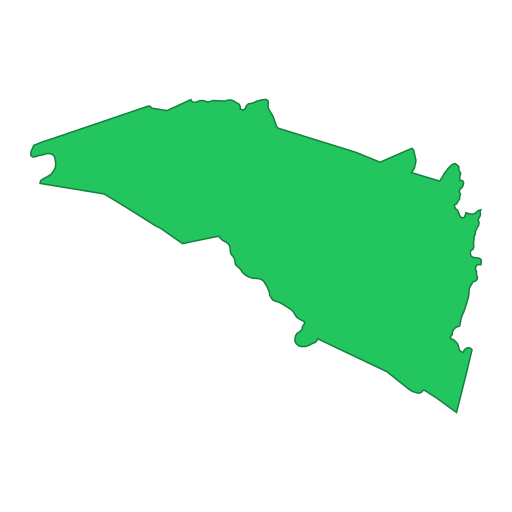 Mirangaba, Bahia, Brazil (orthographic projection)
{"feature_id": "56859067B52405127182950", "entity_name": "Mirangaba", "entity_type": "district", "adm_level": 2, "iso_a3": "BRA", "parent_name": "Brazil", "parent_adm1": "Bahia", "projection": "orthographic", "projection_center": [-40.673, -10.821], "detail": "fine", "context": "isolated", "style": "filled", "palette": "green", "viewbox_px": 512, "rotation_deg": 0, "n_neighbors": 0, "source": "geoboundaries", "source_scale": "gbopen_adm2", "svg_char_len": 3615}
<svg xmlns="http://www.w3.org/2000/svg" viewBox="0 0 512 512"><path d="M412.1,148.3L406.1,150.8L395.1,155.6L383.0,160.9L379.9,162.2L372.3,159.0L356.1,152.4L343.0,148.3L325.3,142.8L313.6,139.2L278.2,128.2L276.4,126.3L275.8,124.0L274.6,120.9L273.8,118.6L273.1,116.5L271.5,113.7L269.7,110.8L268.0,107.6L268.1,104.9L268.4,102.7L267.9,100.6L266.1,99.5L263.5,99.6L261.0,100.0L258.7,100.7L256.6,101.2L254.3,102.5L251.7,103.3L248.3,103.9L246.1,106.2L245.3,108.6L243.5,110.1L240.3,109.1L240.2,106.2L238.8,103.9L236.2,102.6L234.0,101.1L231.9,100.2L229.9,100.0L227.3,100.2L225.2,101.1L213.0,100.5L210.8,101.3L208.6,102.0L206.4,101.8L204.7,100.9L201.8,100.5L199.6,100.7L197.1,101.8L194.4,102.4L192.2,101.9L190.8,99.6L167.0,110.6L151.9,108.2L149.9,106.1L147.6,106.3L48.9,139.8L42.9,141.7L33.7,145.4L32.8,147.7L31.4,150.5L30.8,153.0L30.7,155.4L32.6,157.0L36.0,156.6L38.5,155.6L40.8,155.2L43.0,154.9L45.7,153.8L49.1,153.5L51.7,154.0L53.4,155.3L54.7,157.2L55.2,160.0L55.6,162.4L55.6,165.0L55.4,167.3L54.2,170.0L52.5,172.3L51.0,174.5L49.3,175.4L46.9,176.9L44.4,178.2L42.2,179.4L40.6,180.8L40.0,183.4L100.6,193.4L104.4,194.1L125.0,206.6L155.0,225.5L160.7,228.4L182.5,243.6L218.5,236.2L221.3,239.2L223.5,240.9L225.9,242.0L228.2,243.8L229.5,245.6L230.2,248.6L230.3,251.6L231.1,254.3L233.4,256.8L234.6,259.3L235.0,261.8L235.5,264.5L237.3,266.4L239.2,267.9L240.8,269.8L242.0,271.7L243.6,273.6L245.9,275.4L249.5,277.3L252.8,278.2L257.0,278.5L260.3,279.0L262.5,280.2L264.0,281.7L265.3,283.9L266.8,286.2L268.2,289.5L269.3,292.0L269.7,295.1L271.3,298.1L272.8,300.0L274.8,301.0L277.5,301.7L280.5,303.0L283.1,304.5L284.8,305.5L287.2,307.1L289.1,308.3L291.4,309.8L293.3,311.8L294.5,313.9L295.8,315.9L297.2,317.7L300.0,319.4L302.6,320.8L305.0,322.4L303.6,324.9L302.4,326.7L302.0,329.5L299.7,331.7L297.1,333.3L295.5,335.9L294.9,339.4L295.1,341.6L296.1,343.5L297.7,345.0L299.7,346.2L301.8,346.6L304.4,346.5L306.9,346.2L310.3,344.7L313.0,343.2L314.9,342.6L316.5,341.2L317.9,338.9L368.5,363.0L382.7,369.7L387.2,371.9L408.8,389.2L412.4,391.5L414.2,392.0L416.9,392.8L419.8,393.2L421.8,391.9L423.7,389.8L436.4,397.9L447.8,406.2L456.5,412.5L466.2,374.1L472.0,349.8L470.2,348.0L467.3,347.8L464.6,349.5L463.0,352.5L461.0,351.6L459.5,350.1L458.9,348.2L458.4,346.2L457.7,343.9L456.2,342.2L453.9,339.9L450.6,338.6L450.5,336.6L452.1,334.8L452.6,331.5L454.0,329.1L456.0,327.3L459.6,326.1L460.4,322.3L460.8,320.2L461.3,317.9L462.3,315.0L463.8,311.9L464.9,308.6L466.0,305.5L467.1,301.6L468.2,298.3L468.8,295.1L469.1,292.4L469.1,289.4L470.0,286.7L471.9,283.9L472.8,281.9L475.7,281.0L477.3,279.0L477.4,276.7L476.3,274.3L476.6,271.6L475.7,269.8L475.5,267.5L476.7,265.1L479.0,264.6L480.9,264.8L481.2,262.0L481.3,259.9L479.4,258.3L476.0,257.7L473.1,257.4L470.8,255.8L470.4,253.3L470.6,250.8L473.1,249.2L473.8,246.7L473.5,243.9L473.7,241.5L474.0,239.4L474.0,236.6L475.5,233.9L475.2,231.6L476.3,229.8L477.2,227.6L478.6,225.5L479.1,222.6L478.1,219.9L479.8,216.6L480.6,214.5L480.1,211.8L480.8,209.8L478.2,210.6L475.1,213.3L471.9,214.2L469.0,213.7L465.9,212.7L465.3,215.2L463.9,217.7L461.6,217.6L459.8,216.0L459.1,213.8L458.3,212.0L457.5,210.0L455.4,208.7L454.8,206.7L454.4,204.7L456.8,203.8L458.0,201.3L459.7,198.9L459.7,196.5L460.5,194.3L459.2,191.6L460.2,189.1L462.1,187.4L463.3,184.9L463.6,182.7L462.6,180.7L460.2,180.5L459.6,177.5L460.7,173.5L458.8,169.7L458.9,166.9L457.6,165.4L455.2,163.5L452.9,164.2L451.0,165.4L449.6,166.9L447.9,168.7L446.6,170.6L445.2,172.2L444.0,173.8L442.9,176.2L441.0,179.0L439.7,181.1L411.5,172.6L412.9,170.6L414.5,167.9L415.1,164.7L415.7,162.8L415.9,160.0L413.7,150.4L412.1,148.3Z" fill="#22c55e" stroke="#15803d" stroke-width="1.5"/></svg>